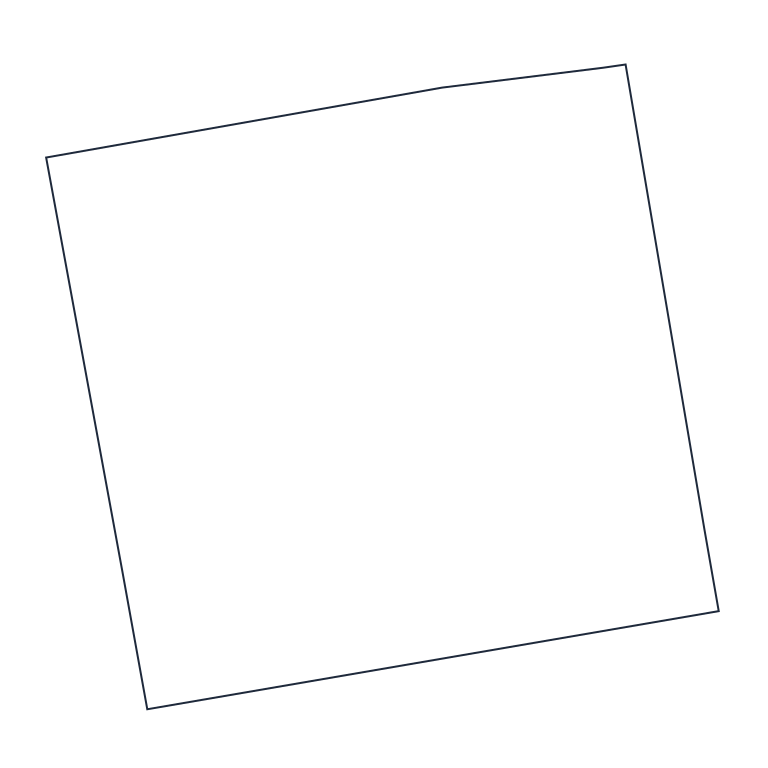 DeKalb, Missouri, United States of America (Equal Earth projection), rotated 350°
{"feature_id": "52423323B71692857350549", "entity_name": "DeKalb", "entity_type": "district", "adm_level": 2, "iso_a3": "USA", "parent_name": "United States of America", "parent_adm1": "Missouri", "projection": "equal_earth", "projection_center": [-94.355, 39.893], "detail": "fine", "context": "isolated", "style": "outline", "palette": "slate", "viewbox_px": 768, "rotation_deg": 350, "n_neighbors": 0, "source": "geoboundaries", "source_scale": "gbopen_adm2", "svg_char_len": 271}
<svg xmlns="http://www.w3.org/2000/svg" viewBox="0 0 768 768"><g transform="rotate(350 384 384)"><path d="M655.0,110.6L492.7,102.2L90.6,102.3L93.8,523.4L94.4,663.2L674.2,665.8L674.3,582.9L677.4,111.3L655.0,110.6Z" fill="none" stroke="#1e293b" stroke-width="2"/></g></svg>